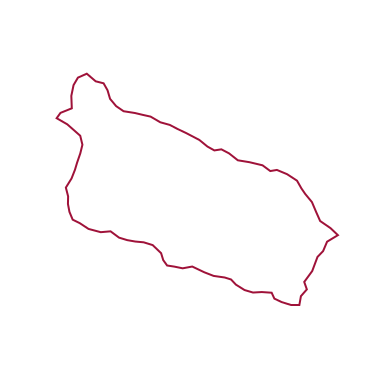 the district of Marinópolis, São Paulo, Brazil, rotated 109°
{"feature_id": "56859067B71245094474984", "entity_name": "Marinópolis", "entity_type": "district", "adm_level": 2, "iso_a3": "BRA", "parent_name": "Brazil", "parent_adm1": "São Paulo", "projection": "mercator", "projection_center": [-50.833, -20.48], "detail": "fine", "context": "isolated", "style": "outline", "palette": "rose", "viewbox_px": 384, "rotation_deg": 109, "n_neighbors": 0, "source": "geoboundaries", "source_scale": "gbopen_adm2", "svg_char_len": 1200}
<svg xmlns="http://www.w3.org/2000/svg" viewBox="0 0 384 384"><g transform="rotate(109 192 192)"><path d="M114.4,330.0L121.0,337.1L129.5,338.8L140.4,337.4L152.0,332.9L160.0,342.1L166.3,344.0L168.6,332.0L175.2,316.0L183.0,311.0L191.9,310.2L201.8,310.2L209.1,309.9L218.4,310.3L228.9,312.7L236.5,307.7L243.7,305.4L250.7,301.4L257.0,295.8L258.0,288.0L260.6,277.8L259.7,265.2L255.7,256.2L258.9,246.1L258.6,237.6L257.3,229.5L255.3,221.3L255.0,211.9L259.9,201.3L265.8,197.0L269.6,191.6L268.3,184.4L267.2,176.0L262.4,167.5L263.9,154.2L264.3,144.2L262.2,133.3L262.0,126.6L265.3,120.3L267.6,110.4L267.2,101.6L263.9,93.5L261.3,83.9L266.0,79.4L266.9,71.4L266.6,61.6L263.9,53.7L255.0,55.1L246.7,51.7L240.5,56.6L227.6,52.6L219.7,52.4L212.5,52.2L205.2,48.8L195.0,48.1L185.3,40.0L181.1,49.2L177.7,61.4L170.5,68.1L162.5,75.3L157.0,84.3L153.0,89.7L147.1,96.4L144.2,107.9L143.5,118.9L146.7,124.8L143.8,134.0L145.1,147.3L147.1,159.0L143.4,169.6L142.1,178.1L145.4,184.4L144.0,192.2L140.4,202.0L138.2,216.5L137.1,226.4L135.8,234.8L136.4,244.7L134.2,255.7L135.1,263.6L135.9,271.7L137.9,283.0L135.5,291.7L130.6,299.8L123.3,305.0L118.0,311.0L118.7,319.1L114.4,330.0Z" fill="none" stroke="#9f1239" stroke-width="2"/></g></svg>